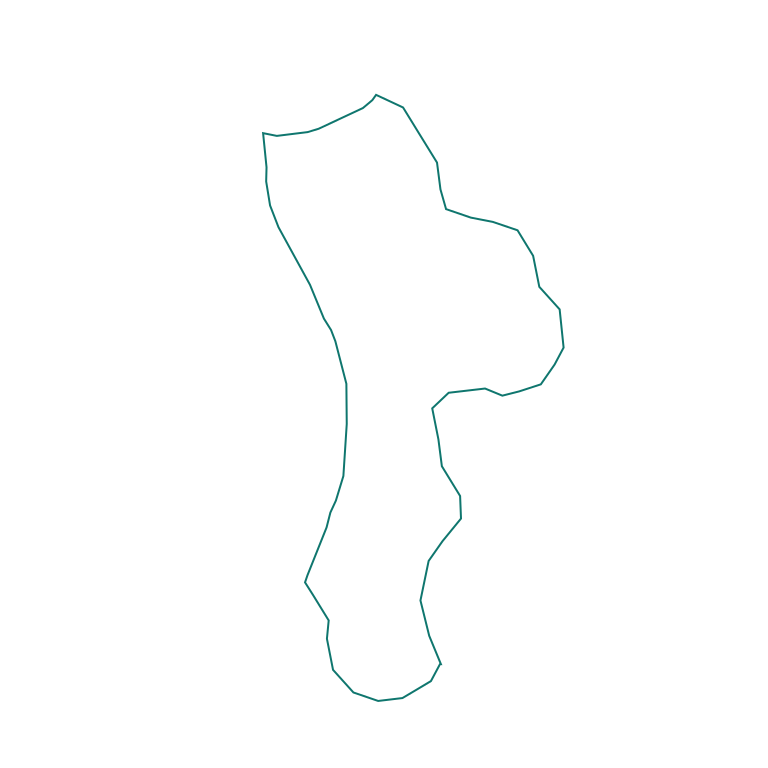 the district of Hyangsan, P'yŏngan-bukto, North Korea, rotated 238°
{"feature_id": "82179303B99713456197263", "entity_name": "Hyangsan", "entity_type": "district", "adm_level": 2, "iso_a3": "PRK", "parent_name": "North Korea", "parent_adm1": "P'yŏngan-bukto", "projection": "mercator", "projection_center": [126.169, 40.033], "detail": "fine", "context": "isolated", "style": "outline", "palette": "teal", "viewbox_px": 768, "rotation_deg": 238, "n_neighbors": 0, "source": "geoboundaries", "source_scale": "gbopen_adm2", "svg_char_len": 910}
<svg xmlns="http://www.w3.org/2000/svg" viewBox="0 0 768 768"><g transform="rotate(238 384 384)"><path d="M257.6,211.9L242.7,212.0L212.8,211.8L198.2,200.6L168.6,189.3L138.6,194.6L118.3,211.1L107.9,233.2L107.5,249.8L107.2,266.4L116.8,283.1L116.3,283.8L146.5,288.9L181.1,300.2L210.3,328.1L219.7,350.3L229.1,378.0L248.7,389.2L283.6,389.5L308.2,400.8L337.8,412.0L342.3,434.2L326.6,467.3L311.4,478.2L306.1,494.7L300.6,516.8L310.1,539.0L319.7,555.6L354.2,572.5L384.1,567.2L413.7,578.4L443.6,578.7L463.8,562.2L479.1,545.8L499.4,529.3L519.1,535.0L543.7,546.3L578.6,546.5L608.4,546.7L633.4,530.5L630.9,524.5L629.2,512.4L635.1,463.8L638.1,452.7L651.2,424.6L660.8,414.4L630.0,399.2L618.2,391.4L595.8,382.0L572.9,377.6L507.3,373.8L471.3,367.7L457.8,367.7L446.0,365.4L404.1,352.2L369.8,331.2L327.5,300.8L310.6,281.4L303.4,270.4L292.8,259.3L262.4,217.8L257.6,211.9Z" fill="none" stroke="#0f766e" stroke-width="2"/></g></svg>